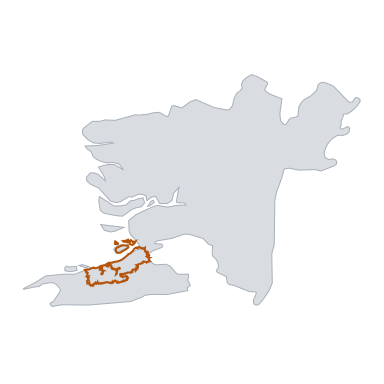 location of Chittagong, Chittagong, Bangladesh, rotated 92°
{"feature_id": "16705992B94200136889214", "entity_name": "Chittagong", "entity_type": "district", "adm_level": 2, "iso_a3": "BGD", "parent_name": "Bangladesh", "parent_adm1": "Chittagong", "projection": "albers", "projection_center": [91.95, 22.424], "detail": "fine", "context": "in_parent", "style": "outline", "palette": "amber", "viewbox_px": 384, "rotation_deg": 92, "n_neighbors": 0, "source": "geoboundaries", "source_scale": "gbopen_adm2", "svg_char_len": 9687}
<svg xmlns="http://www.w3.org/2000/svg" viewBox="0 0 384 384"><g transform="rotate(92 192 192)"><path d="M123.0,281.6L123.1,271.3L116.7,250.9L117.1,248.7L115.8,238.9L114.2,233.4L113.5,227.6L117.7,219.4L116.1,218.0L107.2,215.3L106.2,213.2L108.3,205.0L102.0,197.2L99.5,191.4L106.8,172.9L108.8,160.0L108.4,157.5L104.2,154.5L96.8,153.2L91.6,150.6L88.7,146.9L86.1,145.4L82.9,146.4L78.8,144.9L75.4,141.1L72.7,136.6L73.9,131.8L79.6,120.6L81.6,120.3L86.3,122.6L88.0,122.6L91.2,118.2L95.8,105.4L110.7,106.9L114.3,106.5L118.1,105.6L120.1,104.0L121.3,102.0L120.9,100.2L116.4,97.7L114.7,95.8L113.5,90.7L112.2,88.7L103.2,88.2L98.6,85.7L96.1,83.6L91.7,76.5L86.1,71.1L80.8,69.8L78.7,68.0L77.7,65.3L78.4,61.5L81.4,54.2L96.5,38.6L96.9,36.8L96.4,34.7L92.1,32.1L91.9,30.8L93.2,27.5L95.6,27.1L100.7,30.3L105.7,35.3L108.7,39.8L108.8,43.2L112.8,44.0L116.1,45.6L119.6,45.2L121.8,46.1L123.4,45.9L124.0,43.9L121.1,38.8L122.6,36.7L126.0,36.9L128.4,38.8L130.1,42.7L130.3,48.7L134.2,54.3L139.4,58.2L143.5,60.1L148.4,61.4L152.7,60.3L154.9,56.5L154.0,53.1L154.7,50.1L156.4,48.4L159.0,48.6L161.0,51.0L166.6,64.1L165.3,69.9L166.4,85.7L164.8,96.1L165.6,100.1L166.6,100.8L175.3,102.9L187.9,107.2L197.6,108.9L241.5,108.0L251.1,110.1L280.4,108.6L288.4,111.9L297.1,117.3L302.0,121.3L302.9,123.6L302.3,125.6L300.7,126.7L297.7,126.7L290.8,124.1L289.6,124.9L289.5,131.2L283.9,146.9L283.1,151.7L281.2,153.7L275.4,154.7L271.5,163.8L269.9,164.9L266.1,162.9L263.7,163.2L260.7,164.1L257.7,166.2L255.7,168.8L253.3,169.7L245.1,169.5L243.5,173.8L238.0,179.3L234.3,194.0L234.5,198.5L239.0,210.3L242.2,225.6L243.4,227.2L244.9,227.3L245.1,220.3L246.6,219.4L248.5,220.2L252.4,229.7L254.6,232.0L258.0,232.7L262.0,231.3L264.9,228.6L266.1,225.6L265.1,215.3L267.0,211.1L273.7,204.9L274.7,203.0L274.2,192.7L276.8,192.3L280.2,193.2L284.5,190.7L285.8,190.6L287.6,193.3L290.7,192.8L295.3,213.2L295.7,227.6L296.8,235.6L298.4,237.4L303.6,249.4L308.6,291.6L309.3,318.5L311.3,327.6L309.6,329.6L308.0,330.0L306.4,326.8L295.4,320.1L292.7,320.8L288.9,324.7L287.4,328.4L288.1,333.6L289.3,338.6L291.9,341.5L292.1,344.8L295.1,356.8L294.3,356.9L288.2,345.9L280.9,335.1L278.5,315.8L278.3,306.2L273.3,295.0L268.7,275.3L270.7,268.4L267.3,271.4L261.8,259.7L253.3,248.1L250.8,243.0L250.7,238.1L247.0,243.1L242.0,246.5L236.9,251.8L233.5,253.4L222.7,254.3L216.5,247.2L207.7,229.9L206.6,226.0L207.9,215.8L205.8,206.2L205.3,197.7L203.7,198.5L203.1,200.8L203.4,204.4L202.7,207.4L187.8,205.3L194.1,210.4L200.9,211.6L204.5,216.2L204.6,223.7L197.8,228.2L198.4,232.0L202.2,236.7L197.5,237.9L196.2,240.9L196.0,245.3L199.3,251.9L198.7,254.6L204.3,263.3L205.3,267.5L203.9,273.3L191.5,285.1L187.8,293.5L184.7,297.5L181.0,298.1L176.4,294.1L176.4,290.0L177.4,286.7L183.9,278.9L180.4,279.9L170.3,286.3L168.5,281.0L167.3,276.1L167.4,270.1L172.3,261.2L166.8,265.6L165.2,271.2L165.8,277.7L165.0,282.4L162.8,288.5L159.9,292.1L155.2,294.3L153.0,297.9L149.8,300.5L148.9,288.2L145.8,271.6L145.0,275.2L146.6,285.5L146.4,292.1L143.7,297.4L138.5,303.0L134.5,303.7L132.2,302.8L124.9,294.1L124.5,286.0L123.0,281.6ZM213.7,283.0L204.5,284.9L199.8,284.3L208.7,269.5L208.4,262.8L207.1,257.4L202.8,253.0L202.5,249.8L200.6,245.6L199.6,240.6L204.5,239.0L208.5,241.9L209.8,247.6L211.8,251.8L218.6,260.6L218.4,266.0L216.4,279.0L213.7,283.0ZM233.3,278.3L227.7,282.2L229.7,258.7L233.8,267.5L234.8,272.2L233.3,278.3ZM254.7,266.6L252.2,268.3L249.9,266.8L247.0,261.3L248.5,254.3L249.4,253.3L252.9,260.5L254.7,266.6ZM275.2,316.2L272.1,316.5L270.5,314.8L271.2,312.5L270.4,304.8L274.4,304.1L275.9,310.5L275.2,316.2ZM271.7,294.9L269.4,302.5L268.4,299.1L270.1,292.5L271.7,294.9ZM207.0,233.4L207.9,235.8L202.8,232.7L201.5,230.4L203.8,229.3L207.0,233.4Z" fill="#d9dde1" stroke="#a8b0b8" stroke-width="1"/><path d="M285.6,268.6L284.8,268.4L285.2,268.2L285.2,267.5L284.8,267.3L284.2,267.5L283.6,266.2L283.4,266.1L283.1,265.6L284.1,264.7L284.0,264.3L284.4,264.3L284.6,263.9L285.0,263.9L285.4,263.5L285.2,263.3L285.3,262.8L284.6,262.3L284.9,262.0L284.7,261.4L284.9,261.1L284.3,259.9L284.3,259.0L283.9,258.2L283.5,258.3L283.5,256.7L283.1,256.7L283.4,256.4L283.4,256.0L282.1,254.6L281.9,254.6L282.1,253.8L281.1,253.4L280.3,253.9L279.9,253.0L279.5,253.3L279.5,253.7L278.6,254.0L278.2,255.3L278.8,256.0L278.7,257.2L279.0,257.5L279.0,257.9L279.4,258.4L278.8,258.9L279.0,259.4L278.8,259.6L278.7,260.0L278.2,260.1L278.2,260.6L277.9,260.7L276.9,260.9L276.9,260.6L277.3,260.5L276.6,260.5L276.3,260.2L276.5,259.6L276.8,259.5L276.7,258.9L276.4,258.9L276.5,258.0L276.1,257.4L276.3,257.2L276.0,256.3L275.8,256.2L275.9,255.8L275.6,255.5L275.6,254.9L274.8,253.9L275.0,253.6L274.7,252.9L274.7,251.9L274.4,251.3L274.9,250.4L274.6,249.9L274.0,249.7L274.2,249.0L273.9,248.7L273.4,248.8L273.1,248.7L272.5,249.0L271.8,248.8L271.4,247.6L271.8,245.7L272.4,245.6L272.1,245.4L272.0,244.9L271.4,244.8L270.4,245.4L270.3,245.1L270.6,244.7L270.4,244.2L270.1,244.4L270.2,244.6L269.4,243.9L269.1,244.3L269.0,243.8L269.3,243.5L268.1,243.3L267.8,243.4L267.6,244.1L267.3,244.2L267.3,244.5L267.1,244.7L267.1,244.4L266.8,244.2L266.9,243.9L266.2,243.3L265.7,242.0L265.6,241.1L265.1,240.5L265.1,239.4L264.6,238.8L263.7,238.8L263.7,238.5L263.1,238.0L263.5,236.9L263.3,236.4L263.6,235.1L263.8,235.0L263.6,234.9L263.7,234.1L263.2,233.4L262.9,232.2L262.7,232.6L262.3,232.2L261.9,232.2L261.3,232.9L260.0,232.6L260.0,232.8L259.7,232.9L259.4,232.4L259.4,232.9L259.1,233.0L258.9,233.8L258.3,233.7L258.3,234.7L258.0,235.1L257.7,234.6L257.8,234.3L257.4,234.4L257.5,234.0L257.0,234.2L257.3,233.7L257.7,233.9L257.3,233.5L257.3,233.2L257.1,233.2L257.0,232.9L256.6,233.1L256.5,232.9L255.3,234.2L255.2,234.6L254.9,234.2L254.5,234.3L254.0,234.0L253.9,234.2L254.1,234.3L253.8,234.9L253.2,234.6L253.1,235.0L253.6,235.2L253.8,235.5L253.4,235.8L253.4,236.5L252.5,236.8L252.4,237.1L249.6,237.1L250.0,237.5L249.7,237.7L249.8,238.5L250.3,238.4L250.4,238.7L249.9,239.6L249.9,239.8L250.1,239.4L250.3,239.4L249.7,241.4L248.8,242.8L249.5,245.6L249.9,245.2L249.8,245.9L250.7,247.7L253.0,249.1L254.8,250.8L256.0,252.3L256.2,253.4L256.9,254.1L256.6,253.4L259.0,256.0L261.7,259.1L262.6,260.6L264.1,264.0L264.0,264.7L265.7,271.2L265.5,272.5L267.4,275.5L268.6,274.5L269.2,273.6L268.9,273.2L267.3,272.5L267.1,271.5L267.5,270.9L268.4,270.1L270.7,269.4L271.6,266.4L272.2,265.3L271.7,264.6L272.1,264.0L271.4,263.9L271.1,263.6L270.5,262.6L270.3,262.0L270.4,261.8L271.0,261.5L271.3,261.8L271.7,261.2L271.4,261.8L270.9,261.5L270.4,262.0L271.3,263.8L272.2,263.9L272.2,264.2L271.8,264.6L272.3,265.3L273.3,264.5L274.1,264.3L275.3,264.2L276.9,264.7L277.0,265.0L276.3,265.0L275.9,264.8L275.6,264.5L275.0,264.4L273.3,264.8L272.1,266.1L271.9,268.5L271.7,269.1L270.5,270.0L268.7,270.3L267.6,271.1L267.3,271.8L267.6,272.5L269.1,272.9L269.5,273.4L269.2,274.4L268.2,275.3L268.1,276.5L268.7,279.4L269.6,281.7L269.9,281.8L270.2,281.7L269.6,280.2L269.7,279.8L270.0,279.5L270.6,279.8L270.5,280.6L272.5,281.3L272.9,281.2L272.7,280.8L271.4,280.1L271.1,279.6L271.0,279.3L271.1,279.2L271.6,279.2L272.8,279.5L273.6,277.7L273.8,277.8L273.8,278.4L274.3,278.7L274.7,278.0L274.9,278.0L275.7,278.6L276.4,278.3L276.7,278.3L277.2,278.9L276.9,279.0L276.5,278.9L276.4,279.3L276.9,279.8L277.8,280.2L276.8,279.9L276.4,279.5L276.3,278.9L276.6,278.8L276.9,278.9L277.1,278.8L276.7,278.4L275.6,278.7L274.7,278.1L274.6,278.7L274.1,278.8L273.7,278.4L273.6,277.8L272.9,279.6L271.9,279.5L271.4,279.8L271.6,280.1L272.9,280.7L273.0,281.2L272.9,281.5L270.6,281.0L270.2,280.5L270.4,279.8L269.9,279.8L270.0,280.5L270.7,281.8L270.7,283.1L271.5,285.6L271.5,287.1L271.3,288.2L271.1,288.2L271.8,289.7L272.1,291.3L273.0,291.6L272.5,291.6L273.1,292.3L273.0,293.4L273.5,296.4L274.0,296.2L273.9,295.3L274.7,295.3L275.0,294.8L275.3,294.9L275.7,294.4L275.7,294.9L276.1,294.9L276.4,293.7L277.2,293.9L277.8,293.5L278.6,293.8L279.7,293.6L279.8,293.8L279.9,293.4L280.2,293.3L280.0,292.6L280.6,293.0L280.9,292.6L281.1,293.5L281.9,292.7L282.2,292.8L282.6,292.5L282.9,292.7L283.1,292.8L283.5,292.6L283.6,292.2L284.1,292.0L283.8,293.0L284.7,293.9L285.6,293.5L287.1,293.4L286.3,291.4L286.7,291.3L287.1,291.3L287.1,291.6L287.4,291.5L287.7,291.1L288.2,291.0L288.1,290.5L289.2,289.8L289.0,289.2L288.5,288.9L288.6,288.3L289.2,288.3L289.3,288.0L288.5,287.8L288.6,287.3L288.2,287.2L288.0,286.9L287.5,286.7L287.2,286.9L287.0,286.3L286.4,285.8L286.8,285.6L287.2,284.7L286.6,284.5L286.5,284.3L286.1,284.4L286.5,283.5L285.3,283.1L286.8,282.4L287.0,281.9L286.3,281.0L286.9,280.3L286.8,280.0L286.4,279.9L286.4,279.2L286.1,278.9L286.5,278.0L285.6,276.6L285.8,275.8L285.1,275.0L285.4,273.6L285.1,273.2L285.1,272.1L285.7,271.5L285.8,270.4L286.0,270.0L285.9,269.4L285.4,269.4L285.6,268.6ZM252.1,266.3L254.6,265.6L255.3,265.1L255.4,263.0L255.2,261.7L250.5,254.5L249.5,253.7L248.2,254.0L247.5,254.4L247.8,256.0L247.5,258.6L248.4,261.3L250.7,265.6L252.1,266.3ZM242.2,251.4L242.7,251.9L245.9,252.7L246.2,252.4L247.0,249.7L246.2,248.6L245.8,248.4L245.5,248.6L245.7,248.1L245.1,247.6L243.3,246.7L243.8,247.6L243.5,249.4L243.1,250.4L242.2,251.4ZM246.6,264.4L246.1,264.2L244.0,266.9L244.1,267.2L245.9,267.1L246.4,266.7L246.3,266.2L246.7,266.6L246.9,265.7L246.7,265.3L246.8,264.9L246.5,264.8L246.6,264.4ZM242.9,256.2L243.8,256.1L243.7,255.6L244.0,255.7L243.9,255.1L243.7,255.1L244.1,255.0L244.0,254.2L243.8,254.1L243.5,253.6L243.2,253.7L243.2,254.3L243.0,253.6L242.5,253.6L241.8,254.1L242.9,256.2ZM243.3,258.2L243.6,257.4L243.5,258.1L244.0,258.4L244.1,257.3L244.1,257.0L243.6,256.9L244.0,256.8L243.9,256.4L242.9,256.2L243.3,258.2ZM271.1,269.4L271.8,268.6L271.8,268.0L271.4,268.3L271.1,269.4ZM271.3,279.8L271.5,279.3L271.1,279.2L271.1,279.6L271.3,279.8ZM276.5,264.9L276.2,264.6L275.8,264.5L276.1,264.8L276.5,264.9ZM244.2,254.1L244.0,253.7L243.9,253.7L243.8,254.0L244.2,254.1ZM243.3,258.9L243.5,258.9L243.3,258.4L243.3,258.9Z" fill="none" stroke="#b45309" stroke-width="2"/></g></svg>